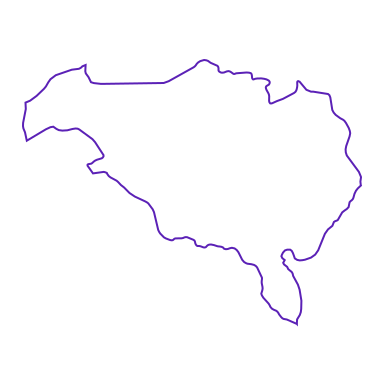 Ombella-M'Poko, Albers equal-area conic projection
{"feature_id": "CAF-4856", "entity_name": "Ombella-M'Poko", "entity_type": "Prefecture", "adm_level": 1, "iso_a3": "CAF", "parent_name": "Central African Republic", "parent_adm1": "", "projection": "albers", "projection_center": [18.055, 4.882], "detail": "fine", "context": "isolated", "style": "outline", "palette": "violet", "viewbox_px": 384, "rotation_deg": 0, "n_neighbors": 0, "source": "natural_earth", "source_scale": "10m", "svg_char_len": 3816}
<svg xmlns="http://www.w3.org/2000/svg" viewBox="0 0 384 384"><path d="M360.9,185.5L357.8,188.4L356.0,190.7L354.5,193.8L353.4,197.8L352.8,199.1L351.7,200.3L350.6,201.1L349.6,202.2L348.6,207.1L346.8,209.0L344.6,210.5L342.2,212.4L337.8,220.0L337.2,220.4L334.7,221.4L334.2,221.8L333.9,222.0L332.4,225.8L328.0,229.4L324.9,233.8L318.2,250.3L315.2,254.6L311.0,257.6L305.0,259.7L302.3,260.2L299.7,260.4L297.2,259.9L294.8,258.4L293.9,255.7L292.9,253.0L291.7,250.8L290.2,249.7L287.1,249.7L285.0,250.4L283.0,252.6L281.9,254.8L281.4,256.2L282.3,258.1L284.7,260.1L283.2,262.8L284.0,264.4L287.2,266.9L288.2,269.1L291.8,272.1L292.6,273.5L293.2,276.0L297.9,284.6L299.6,289.7L301.4,300.7L301.2,308.9L300.8,312.1L299.8,315.0L297.1,319.4L296.9,322.4L296.9,324.0L296.8,323.9L286.8,319.5L283.5,318.9L282.3,318.2L281.2,317.1L279.1,314.4L278.3,312.9L277.3,311.6L276.1,310.7L274.1,309.9L272.1,308.8L270.8,307.4L270.2,306.6L269.9,305.7L268.7,303.7L263.3,297.7L261.9,295.4L261.3,293.7L262.3,290.3L262.6,288.7L262.5,287.0L261.7,283.0L261.7,281.2L262.0,278.7L261.9,277.6L257.1,267.4L255.7,265.9L254.0,264.9L251.3,264.2L247.4,263.7L245.9,263.1L244.1,262.0L242.2,259.8L238.4,252.2L236.7,250.0L234.6,248.4L231.9,247.8L230.0,248.2L227.8,249.0L225.9,249.2L224.2,248.8L222.9,247.4L221.4,246.8L219.7,246.5L218.4,246.4L217.3,246.2L214.0,245.1L211.1,244.5L209.4,244.6L208.7,244.8L208.0,245.1L207.3,245.6L206.6,246.3L205.9,247.1L204.8,247.5L203.5,247.4L200.6,246.3L199.2,246.0L197.5,246.0L196.7,245.6L195.8,244.5L195.3,243.3L194.9,241.4L194.4,240.5L193.4,239.8L187.1,237.2L185.7,237.1L184.4,237.4L183.1,238.0L181.5,238.3L175.6,238.4L174.5,238.7L173.9,239.2L173.3,239.8L172.6,240.2L171.3,240.3L169.7,239.9L165.8,238.4L163.9,237.3L160.2,233.5L159.1,231.8L158.2,229.9L154.0,212.2L152.7,209.3L148.3,203.4L147.0,202.4L145.2,201.4L134.9,196.6L129.5,193.0L124.1,187.5L120.9,185.0L118.0,181.9L116.6,180.7L110.5,177.4L108.8,176.1L107.4,174.2L106.8,172.9L105.0,172.2L103.7,171.9L93.0,173.4L87.6,165.8L87.5,165.3L87.5,164.9L87.6,164.6L87.9,164.4L88.2,164.2L88.6,164.1L90.5,163.8L91.4,163.6L92.1,163.1L94.0,161.4L95.3,160.5L97.1,159.7L101.8,158.3L102.8,157.5L103.5,156.4L103.5,155.1L95.1,142.2L92.5,139.2L79.3,129.5L77.7,128.7L75.5,128.5L72.4,129.0L67.3,130.3L62.3,130.6L58.8,130.1L56.4,128.9L53.3,126.7L50.4,127.2L45.9,129.3L26.8,140.7L25.0,132.3L23.4,128.4L23.0,126.1L23.1,122.9L25.8,109.0L25.5,102.6L30.1,100.7L36.6,95.9L44.0,88.8L45.9,86.5L48.3,82.3L50.5,79.2L55.8,75.2L71.8,69.7L78.9,68.8L80.1,68.2L81.2,67.5L82.4,66.3L85.6,65.0L85.3,71.3L85.8,73.4L88.5,77.1L91.0,82.2L93.9,83.1L101.1,83.9L163.7,83.0L168.7,81.2L193.6,67.3L194.8,66.4L195.8,65.3L196.7,63.9L198.2,62.4L200.3,61.1L204.1,60.0L206.3,60.3L208.0,60.9L210.6,62.8L217.4,65.8L218.1,66.7L218.5,68.1L218.5,70.3L218.8,71.1L219.5,71.8L221.1,72.6L222.5,72.7L224.0,72.5L226.8,71.4L228.5,71.1L229.7,71.4L231.0,72.1L233.2,73.7L234.0,74.0L234.6,73.9L235.2,73.7L236.2,73.3L246.6,72.5L249.1,72.7L250.7,73.1L251.4,73.8L251.7,74.6L251.9,75.6L252.0,76.8L252.1,77.9L252.4,78.7L253.1,79.4L253.6,79.4L255.2,78.8L257.2,78.5L261.2,78.4L264.2,78.8L266.5,79.4L267.9,80.1L268.9,80.7L269.5,81.5L269.7,82.1L269.7,82.8L269.5,83.5L269.2,84.1L268.9,84.6L268.4,84.9L267.2,85.6L266.6,86.0L266.1,86.5L265.8,87.5L266.0,88.6L266.6,90.1L268.3,93.1L268.9,94.5L269.2,96.2L269.1,100.8L269.3,102.0L270.1,103.3L271.0,103.5L272.3,103.2L276.9,101.1L282.9,98.9L294.0,93.0L295.4,91.9L296.2,90.6L296.7,89.2L297.1,87.3L297.3,85.6L297.2,82.5L297.4,81.6L298.1,81.1L299.6,81.7L306.4,89.8L311.1,91.7L313.4,91.7L328.0,94.0L329.4,95.2L330.3,97.4L332.3,110.0L333.7,112.6L335.7,114.9L340.2,118.2L343.0,119.7L344.4,120.8L346.0,123.0L348.7,127.9L349.8,130.9L350.2,133.2L349.6,136.3L346.2,146.1L345.6,149.3L345.8,152.4L346.8,155.5L358.9,171.9L360.9,176.7L361.0,177.3L360.4,181.6L360.8,185.3L360.9,185.5Z" fill="none" stroke="#5b21b6" stroke-width="2"/></svg>